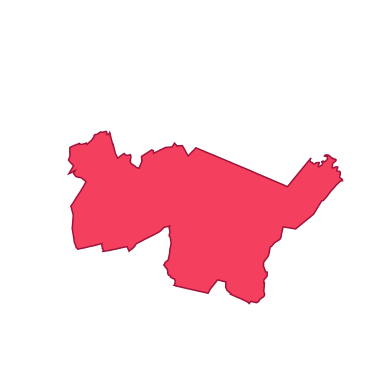 Daukstu pag., Gulbene, Latvia (Natural Earth projection), rotated 310°
{"feature_id": "27541924B23871708016043", "entity_name": "Daukstu pag.", "entity_type": "district", "adm_level": 2, "iso_a3": "LVA", "parent_name": "Latvia", "parent_adm1": "Gulbene", "projection": "natural_earth1", "projection_center": [26.741, 57.077], "detail": "fine", "context": "isolated", "style": "filled", "palette": "rose", "viewbox_px": 384, "rotation_deg": 310, "n_neighbors": 0, "source": "geoboundaries", "source_scale": "gbopen_adm2", "svg_char_len": 5795}
<svg xmlns="http://www.w3.org/2000/svg" viewBox="0 0 384 384"><g transform="rotate(310 192 192)"><path d="M297.6,299.8L298.0,299.4L298.2,299.0L298.3,298.3L298.0,297.3L297.9,296.7L297.9,296.1L298.0,295.8L298.3,295.5L299.5,294.8L300.6,294.4L302.1,293.2L302.4,292.9L302.7,292.2L302.6,291.7L301.5,289.9L301.4,289.6L301.4,289.3L301.5,289.0L301.7,288.8L302.3,288.5L303.4,288.4L303.9,288.2L304.6,287.8L304.8,287.5L304.7,287.2L303.9,286.2L303.1,285.6L301.8,285.2L300.8,284.3L300.7,284.1L300.7,283.9L300.8,283.6L302.1,282.9L303.9,281.6L304.6,281.5L306.2,281.7L307.0,282.0L307.5,282.1L308.6,282.1L309.2,281.8L309.3,281.5L309.2,281.3L309.2,280.4L308.5,279.6L308.3,279.1L308.3,278.9L308.5,278.7L308.5,278.3L308.4,278.2L307.8,277.7L308.1,275.6L308.0,274.1L308.0,273.1L307.8,272.6L307.0,271.3L306.8,270.9L305.8,270.4L305.1,270.3L304.7,270.3L305.0,271.2L305.4,271.6L306.3,272.2L306.4,272.5L306.1,272.8L305.5,273.3L305.3,273.5L305.1,274.2L304.3,274.4L303.6,274.6L302.6,274.6L301.2,274.4L300.6,274.2L300.3,274.0L300.2,273.1L300.0,272.6L299.6,272.3L298.6,271.9L298.2,272.2L298.1,272.4L298.3,272.8L298.4,273.0L298.4,273.3L298.1,273.6L297.8,273.8L296.8,274.1L296.0,274.2L295.0,273.7L293.2,273.3L292.9,273.2L292.7,273.0L292.7,272.6L292.8,272.4L293.1,272.0L293.5,271.8L294.9,271.4L295.3,271.3L296.0,270.9L296.2,270.7L296.3,270.4L295.1,269.1L294.7,268.8L294.3,268.3L293.9,268.2L292.4,267.9L292.0,267.7L291.8,267.3L291.7,266.7L291.9,265.2L291.6,264.7L291.4,263.8L291.3,263.6L291.4,263.0L292.0,262.1L292.2,261.9L292.5,261.7L292.9,261.6L294.0,261.5L294.0,261.3L262.9,261.6L262.6,261.7L259.9,261.7L257.3,261.6L256.3,257.7L254.5,251.9L254.5,251.7L253.7,249.3L253.7,249.2L246.2,224.5L246.3,224.4L242.8,213.2L242.7,212.9L239.9,203.8L239.6,203.1L239.4,202.4L239.5,202.4L239.4,202.1L236.8,193.8L236.0,191.4L234.1,184.8L233.6,183.3L232.4,179.7L228.3,166.5L225.7,166.5L222.7,166.2L217.1,165.8L218.6,161.9L219.8,159.0L221.3,154.8L219.6,153.0L219.5,152.8L218.2,151.4L217.6,151.0L217.7,150.9L218.2,147.2L213.7,147.8L209.0,143.0L197.0,137.7L198.8,135.9L198.4,134.1L196.9,133.6L188.8,131.1L187.0,130.5L186.5,130.6L186.3,130.8L184.9,132.2L184.7,132.5L183.2,133.9L182.9,134.1L177.6,135.6L176.4,136.3L175.6,135.0L175.2,134.2L175.1,133.6L175.2,132.0L174.9,128.9L174.8,128.3L174.7,128.3L174.7,126.8L174.8,126.6L175.1,126.2L175.1,125.9L175.3,125.5L175.5,125.6L176.3,124.8L176.7,124.5L176.5,124.4L178.1,123.6L179.8,122.5L180.1,122.2L181.0,120.9L178.8,119.2L177.6,117.6L177.9,115.2L174.5,114.3L170.1,113.3L171.4,110.6L171.8,109.5L172.6,108.1L177.8,100.9L177.5,100.8L180.8,96.0L182.2,94.1L182.2,93.7L182.5,93.5L182.9,92.9L183.1,93.0L184.7,90.7L183.0,91.0L181.6,90.2L181.2,90.0L181.1,89.9L181.1,89.7L181.7,89.4L182.5,88.9L182.7,88.6L183.2,87.9L183.0,87.6L183.2,87.4L183.2,87.2L182.9,86.8L181.7,86.2L181.5,85.9L181.1,85.6L180.6,85.5L180.1,85.0L179.6,84.0L179.4,83.5L178.8,83.2L177.4,82.7L176.6,82.7L175.3,82.2L174.8,81.9L174.4,81.3L174.3,81.2L174.0,81.2L172.8,80.6L171.9,80.9L171.3,81.5L170.2,81.5L166.7,81.8L160.9,80.9L161.6,79.7L158.1,77.4L156.4,75.2L156.8,74.5L152.0,71.9L149.4,70.6L147.9,69.9L147.4,69.9L140.9,75.5L137.1,76.8L136.6,79.0L136.0,84.3L135.9,84.4L133.0,84.9L126.8,85.9L129.7,87.3L133.2,88.7L130.2,89.3L129.9,90.0L129.2,93.2L130.2,95.2L130.2,95.4L130.3,95.4L131.8,98.2L131.8,99.5L131.8,99.9L131.8,104.2L127.4,105.1L120.5,106.2L112.8,107.1L109.1,107.7L104.2,108.3L103.2,108.3L102.8,109.1L101.9,110.3L99.6,113.6L98.1,115.8L91.2,120.8L89.7,121.8L88.8,122.5L88.5,122.6L87.1,123.6L84.5,126.7L77.9,134.2L75.0,139.2L75.0,140.3L74.7,141.2L80.8,146.0L85.2,149.2L87.8,151.3L90.2,153.0L94.6,156.1L92.9,157.5L92.2,158.5L92.0,159.0L91.6,159.2L91.2,159.5L91.4,159.8L91.0,160.3L90.6,161.2L90.4,161.5L90.0,161.7L89.2,161.9L90.5,163.1L91.6,164.0L92.4,164.8L94.8,166.8L98.7,169.8L101.9,172.3L104.9,174.5L108.4,177.4L106.2,181.9L107.0,181.9L109.4,182.4L109.6,182.6L110.2,182.5L110.5,182.5L110.6,182.8L111.6,182.8L113.1,182.9L113.4,183.0L114.9,182.7L116.8,182.6L117.8,183.0L122.0,184.9L124.7,185.9L134.1,190.0L140.3,192.5L142.2,192.9L147.2,193.4L151.6,196.9L150.6,197.1L149.8,197.5L149.6,197.7L148.8,199.1L148.2,199.6L147.5,200.6L146.6,201.2L145.4,201.6L144.2,202.3L143.8,202.7L143.5,203.1L143.5,204.1L143.4,204.3L142.2,205.8L139.7,208.5L138.7,209.3L137.8,209.9L133.7,212.0L130.2,214.5L124.9,217.3L123.7,217.4L122.3,216.9L120.8,216.8L120.1,216.9L117.9,217.4L117.9,218.0L117.9,218.4L117.8,218.7L117.4,219.5L117.2,221.0L117.2,221.6L116.9,222.2L116.4,223.3L115.7,224.3L114.1,225.6L113.8,226.4L113.3,227.1L113.4,228.1L113.9,228.8L113.3,229.7L113.0,230.7L113.0,231.0L113.3,231.4L113.3,231.7L113.3,232.2L113.3,232.6L113.6,233.5L114.0,234.0L114.1,234.4L113.7,235.0L113.6,235.4L113.2,236.1L111.8,237.3L111.5,237.3L111.1,237.5L110.7,237.9L110.1,238.1L109.5,238.3L109.0,238.2L109.8,239.7L109.6,239.8L111.6,243.7L112.2,245.0L113.1,246.7L119.9,260.0L121.2,262.5L121.2,262.4L121.3,262.5L124.8,269.4L129.1,268.4L141.1,268.1L142.5,270.8L143.0,272.0L144.9,275.7L140.7,279.0L139.2,282.0L139.1,284.6L139.3,286.8L138.4,287.0L139.2,289.8L140.4,294.2L141.5,297.6L142.5,301.5L143.5,304.9L143.4,304.9L143.5,305.2L143.5,305.7L143.3,307.5L146.0,307.3L148.6,312.5L150.2,313.3L151.2,313.3L152.9,313.1L153.9,313.1L156.6,313.9L158.1,314.1L159.1,314.1L160.3,313.4L161.9,311.1L162.5,310.5L166.5,307.7L168.3,306.4L168.2,306.4L168.6,305.2L170.7,303.8L170.9,303.6L175.8,303.6L177.6,302.2L179.0,301.1L178.2,300.0L178.2,299.8L181.1,294.5L182.8,293.1L184.4,292.0L191.9,291.6L195.4,290.1L199.8,287.3L200.0,287.3L201.5,287.9L206.0,287.8L208.3,288.5L210.9,289.4L212.4,289.7L213.5,289.6L214.5,289.2L215.5,288.7L216.2,288.1L223.9,284.2L230.3,295.1L253.2,299.4L268.1,297.1L268.6,297.1L269.2,297.4L269.8,298.0L270.2,298.1L275.4,298.2L281.4,297.8L287.1,298.1L290.2,298.0L291.8,298.3L294.2,298.4L297.4,299.4L297.6,299.5L297.6,299.8Z" fill="#f43f5e" stroke="#9f1239" stroke-width="1.5"/></g></svg>